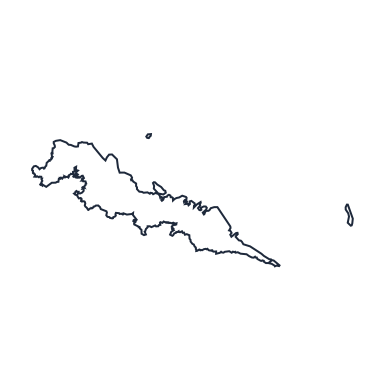 outline of Macuata, Northern, Fiji, rotated 52°
{"feature_id": "14151628B42533076410957", "entity_name": "Macuata", "entity_type": "district", "adm_level": 2, "iso_a3": "FJI", "parent_name": "Fiji", "parent_adm1": "Northern", "projection": "robinson", "projection_center": [179.331, -16.232], "detail": "fine", "context": "isolated", "style": "outline", "palette": "slate", "viewbox_px": 384, "rotation_deg": 52, "n_neighbors": 0, "source": "geoboundaries", "source_scale": "gbopen_adm2", "svg_char_len": 6076}
<svg xmlns="http://www.w3.org/2000/svg" viewBox="0 0 384 384"><g transform="rotate(52 192 192)"><path d="M95.0,306.0L94.7,305.0L98.2,303.7L98.4,296.8L100.7,293.7L100.9,292.2L101.7,291.0L99.6,288.8L100.3,287.9L99.6,287.5L100.1,287.1L100.0,286.4L101.6,286.1L101.1,283.8L102.3,283.2L102.2,282.6L101.6,282.5L102.6,282.0L103.5,280.8L104.5,280.5L104.0,279.5L103.3,279.5L103.0,278.5L103.4,276.7L103.1,276.2L104.9,274.8L103.3,273.7L103.8,273.5L103.2,272.5L103.5,271.2L102.9,271.4L100.5,269.7L100.8,267.8L103.1,269.9L104.9,268.7L105.1,270.8L105.7,271.9L107.9,271.2L108.0,272.7L106.1,273.7L106.8,276.0L107.3,275.8L107.2,274.1L108.9,274.7L110.1,273.7L109.8,272.6L110.2,271.9L111.2,272.2L111.6,271.2L111.4,269.0L111.9,268.1L114.5,268.6L114.6,269.3L113.9,270.0L114.0,270.8L114.9,270.9L115.1,271.9L115.8,270.9L116.5,271.2L118.1,269.4L120.3,270.2L120.2,271.1L121.0,271.6L121.2,273.5L121.7,273.7L121.3,274.4L121.9,274.4L121.0,275.0L121.0,275.6L121.7,275.6L122.0,276.3L122.6,275.3L124.4,276.7L124.8,279.0L124.3,281.0L123.4,281.9L123.1,283.0L122.0,281.3L121.1,282.4L120.1,282.4L120.0,283.6L120.8,284.6L120.6,285.9L122.4,285.6L123.8,284.3L124.8,284.9L127.4,285.1L128.2,283.4L129.2,283.2L130.0,284.2L130.4,284.0L130.9,285.0L131.7,284.7L132.7,282.9L133.6,282.5L135.3,283.1L136.5,284.7L137.7,285.0L139.8,284.6L142.0,284.9L142.4,284.6L142.1,283.0L142.7,281.8L142.5,281.3L143.3,280.9L143.4,279.6L142.9,278.6L143.4,277.9L143.5,276.1L144.9,274.2L147.3,273.8L149.3,274.4L154.5,271.3L155.8,271.7L157.6,273.9L159.5,273.9L161.0,272.5L161.9,272.6L163.7,271.1L164.0,270.4L163.4,269.7L163.9,267.7L163.7,266.6L162.3,265.9L161.6,264.8L163.8,262.5L164.7,262.6L165.6,261.1L167.2,260.3L167.2,259.5L166.7,259.1L169.7,257.2L172.3,252.9L172.3,251.4L173.7,252.7L179.8,252.7L179.9,253.9L179.1,253.7L178.2,254.9L178.3,255.5L178.9,256.2L180.8,255.2L181.0,256.9L182.0,257.5L186.4,255.4L186.9,255.7L187.4,254.9L188.7,255.5L190.7,255.1L193.8,257.4L196.4,256.4L197.1,254.5L194.2,253.7L194.3,253.3L192.8,251.1L192.5,248.7L191.7,248.1L193.1,246.3L194.7,245.6L195.7,241.6L197.0,241.5L198.2,239.7L197.7,238.5L198.4,237.2L196.5,236.2L196.3,235.5L198.1,234.3L197.8,232.5L200.3,231.3L200.8,230.7L200.2,230.6L201.5,229.1L202.3,229.2L203.1,227.9L204.0,227.5L204.3,226.6L205.2,226.6L205.4,226.1L205.0,225.5L206.5,224.7L207.1,223.5L207.9,224.4L207.5,224.9L207.5,225.8L206.6,226.3L206.7,229.1L207.0,229.5L209.1,229.3L208.5,231.3L209.4,229.8L210.9,229.8L210.6,232.8L212.1,235.5L214.4,234.5L214.5,233.5L213.7,231.5L214.3,229.6L213.9,229.1L214.6,228.2L214.7,226.7L215.4,227.0L216.4,226.1L216.8,224.1L218.4,224.5L219.1,223.3L221.3,223.9L222.0,222.1L224.4,220.7L227.3,222.7L228.7,222.6L230.2,223.6L233.1,223.6L234.5,222.9L236.6,223.5L237.5,223.2L238.6,223.4L239.2,224.1L240.1,224.1L241.1,225.0L241.6,224.0L241.8,221.7L243.0,221.4L243.0,220.7L244.1,219.9L244.4,217.8L245.3,216.1L246.2,215.7L246.3,214.8L248.1,214.7L249.5,213.6L249.8,212.7L250.5,212.6L250.6,211.9L251.6,212.1L252.3,211.7L253.7,209.6L255.5,211.0L257.1,207.5L257.0,205.9L258.0,205.7L259.2,204.5L259.3,203.0L261.6,199.1L264.3,198.1L264.2,196.5L265.3,195.8L265.7,194.8L266.6,195.0L267.7,193.0L270.5,191.7L274.7,187.3L277.6,186.5L280.5,185.1L281.7,183.8L281.8,182.2L282.7,182.3L283.5,181.3L285.0,181.7L288.5,180.2L289.1,179.6L289.2,178.7L290.4,177.8L291.0,178.3L293.5,177.5L295.0,175.6L295.0,170.9L293.8,171.2L292.5,172.5L286.6,174.7L283.4,175.3L270.6,179.7L264.8,183.7L261.9,183.3L260.4,183.5L259.0,184.8L254.2,185.2L253.7,184.3L253.4,181.9L252.2,181.3L251.5,182.4L251.5,188.5L249.2,188.1L248.7,186.1L248.4,185.9L246.0,185.7L245.1,186.4L244.1,183.8L242.7,183.0L219.6,181.3L217.6,183.8L216.3,187.2L217.0,189.2L217.0,190.5L215.6,192.5L215.8,193.8L217.1,196.0L217.0,196.5L214.9,196.2L214.6,191.8L213.6,190.1L211.9,190.1L210.6,191.7L209.9,194.8L211.7,195.5L211.7,196.4L210.8,197.3L208.4,197.2L207.7,193.9L206.7,193.6L205.8,191.7L205.2,191.4L204.8,195.6L205.4,200.1L204.0,198.8L204.0,197.8L202.6,196.9L198.6,198.0L198.0,199.6L200.2,201.1L200.3,202.9L198.8,202.4L197.4,204.7L196.6,201.9L194.9,201.8L195.1,204.5L194.3,204.1L193.9,202.7L194.3,200.9L193.2,199.8L192.2,199.8L188.9,202.0L188.4,205.5L187.2,207.9L186.8,210.0L187.0,212.2L184.8,210.7L183.8,211.0L183.0,212.0L181.5,211.2L180.0,211.9L179.7,213.5L180.3,214.7L178.9,217.0L180.4,219.5L180.4,221.1L179.4,221.1L179.2,219.3L178.2,218.8L177.2,219.1L177.1,220.6L175.1,219.7L172.9,219.7L170.3,221.4L169.8,224.0L168.3,224.1L167.1,225.2L167.4,226.3L164.9,227.3L162.8,230.6L161.2,231.3L159.3,233.3L155.8,233.6L154.5,232.5L152.9,232.4L150.9,230.8L147.6,231.9L146.1,231.7L145.4,232.7L144.5,232.3L144.8,231.7L143.8,230.4L141.2,230.0L135.1,233.3L132.2,237.1L127.2,235.3L120.0,231.0L113.2,231.9L111.5,234.3L112.3,237.7L113.9,240.8L110.2,241.4L95.8,241.8L92.2,241.1L90.4,244.4L88.6,244.3L86.3,247.0L84.9,248.0L84.8,249.0L83.5,251.3L85.9,253.8L84.9,255.5L83.6,256.7L80.3,258.5L78.8,260.1L75.8,260.5L70.0,263.9L67.9,267.7L67.4,270.1L68.5,271.0L70.8,271.5L72.1,272.3L72.3,274.0L71.8,274.9L74.5,277.4L74.7,278.1L75.1,277.7L75.9,278.2L75.7,279.3L77.7,280.4L78.4,280.1L78.7,280.7L78.3,280.9L78.4,281.5L78.7,282.1L79.4,282.1L79.7,283.2L79.1,284.6L79.8,285.0L79.3,285.7L79.6,288.6L81.6,290.7L81.6,291.7L82.6,293.8L82.4,294.2L81.7,293.8L80.7,295.0L80.1,296.5L80.2,298.1L77.8,298.1L75.3,299.0L74.4,300.9L75.3,303.7L76.5,304.6L77.3,304.2L78.4,305.2L79.3,305.1L79.5,305.6L81.4,304.9L82.4,305.4L82.9,306.7L84.2,305.3L84.2,304.4L86.1,303.6L86.0,302.7L87.2,301.4L88.8,302.4L89.1,302.0L89.5,302.8L91.1,303.1L91.6,304.7L92.9,305.2L92.3,305.7L92.6,307.0L93.1,307.0L93.2,306.3L95.0,306.0ZM176.4,213.1L174.6,212.3L173.3,213.1L169.1,213.2L164.7,214.8L161.6,215.2L160.8,216.0L160.9,217.2L163.9,218.1L165.8,220.0L172.4,219.5L176.3,216.1L176.4,213.1ZM312.0,81.7L297.9,77.0L297.3,77.7L298.6,80.3L300.5,81.7L305.0,82.0L308.0,83.4L312.1,88.2L316.3,87.6L316.6,86.7L315.5,85.1L312.0,81.7ZM303.7,168.2L296.3,169.8L295.0,170.9L295.0,175.6L297.7,173.4L301.0,172.2L301.6,172.4L302.1,170.6L304.0,169.0L303.7,168.2ZM121.7,194.0L122.9,192.9L122.9,192.4L122.5,191.9L122.3,189.9L121.1,188.7L119.4,191.3L120.2,193.9L121.7,194.0Z" fill="none" stroke="#1e293b" stroke-width="2"/></g></svg>